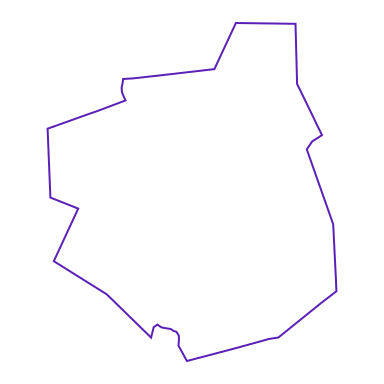 Botuporã, Bahia, Brazil
{"feature_id": "56859067B81819633149990", "entity_name": "Botuporã", "entity_type": "district", "adm_level": 2, "iso_a3": "BRA", "parent_name": "Brazil", "parent_adm1": "Bahia", "projection": "natural_earth1", "projection_center": [-42.533, -13.321], "detail": "fine", "context": "isolated", "style": "outline", "palette": "violet", "viewbox_px": 384, "rotation_deg": 0, "n_neighbors": 0, "source": "geoboundaries", "source_scale": "gbopen_adm2", "svg_char_len": 707}
<svg xmlns="http://www.w3.org/2000/svg" viewBox="0 0 384 384"><path d="M295.5,23.8L235.9,23.0L221.1,54.7L214.4,69.1L164.3,74.9L132.9,78.4L123.1,79.0L122.7,82.6L121.6,87.8L122.0,92.2L123.4,95.8L125.5,100.4L97.2,111.1L88.4,114.1L47.6,128.7L50.4,197.6L78.2,208.6L53.8,261.2L106.7,294.3L109.2,296.7L151.1,337.6L153.7,327.1L157.5,324.6L161.4,327.4L165.8,328.2L170.7,329.0L173.5,330.9L176.4,331.8L178.9,335.7L178.9,340.1L178.5,345.6L186.9,361.0L237.1,347.8L268.8,339.0L278.4,337.5L321.0,303.1L336.4,291.3L335.9,278.8L334.3,246.8L333.2,224.2L306.8,149.4L312.1,141.5L322.0,135.1L320.4,131.8L317.7,126.4L313.8,118.2L309.3,109.0L300.5,90.8L297.1,84.1L295.5,23.8Z" fill="none" stroke="#5b21b6" stroke-width="2"/></svg>